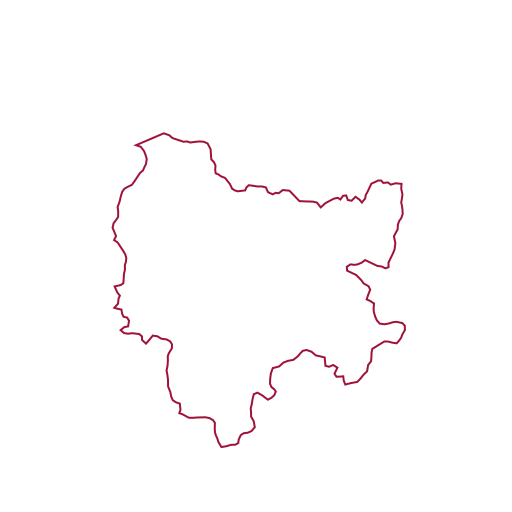 Porteirão, Goiás, Brazil, rotated 231°
{"feature_id": "56859067B4903361773953", "entity_name": "Porteirão", "entity_type": "district", "adm_level": 2, "iso_a3": "BRA", "parent_name": "Brazil", "parent_adm1": "Goiás", "projection": "orthographic", "projection_center": [-50.163, -17.922], "detail": "fine", "context": "isolated", "style": "outline", "palette": "rose", "viewbox_px": 512, "rotation_deg": 231, "n_neighbors": 0, "source": "geoboundaries", "source_scale": "gbopen_adm2", "svg_char_len": 3577}
<svg xmlns="http://www.w3.org/2000/svg" viewBox="0 0 512 512"><g transform="rotate(231 256 256)"><path d="M220.5,414.5L224.7,410.2L226.6,405.7L230.2,404.7L232.7,400.9L235.8,400.8L237.7,398.6L239.6,391.1L237.7,387.2L235.9,383.5L234.4,379.8L232.0,377.0L230.9,371.9L234.6,371.9L239.4,370.6L238.8,365.1L241.7,362.6L246.3,364.2L248.0,361.5L246.8,357.1L249.6,356.3L251.5,352.8L252.5,347.9L253.4,343.1L253.0,336.9L259.1,337.0L262.4,334.5L266.6,329.6L271.3,324.3L285.7,323.1L290.4,318.3L290.5,313.1L292.7,311.1L293.4,307.8L298.0,305.5L303.1,306.8L306.4,304.3L309.0,301.0L312.8,297.6L315.6,294.8L315.3,291.7L313.8,288.9L317.8,282.5L320.3,280.8L323.3,279.8L328.4,281.0L336.2,281.1L339.8,279.0L343.1,278.1L345.6,276.7L348.5,278.4L351.9,281.5L355.7,282.4L359.1,282.0L363.6,285.1L367.3,287.8L370.8,288.6L373.9,289.2L377.7,287.3L380.8,283.9L383.1,280.4L385.5,276.4L388.3,274.6L390.5,271.5L400.2,265.3L404.4,264.6L409.4,261.5L417.6,232.5L413.4,235.2L407.9,235.0L403.9,233.7L400.1,232.1L396.7,228.4L395.5,225.6L393.6,222.0L393.5,218.0L390.5,208.5L389.4,204.3L390.4,200.2L391.1,196.2L390.1,192.4L387.6,188.7L384.1,184.2L381.2,179.3L377.4,177.0L373.2,173.5L372.0,169.9L371.1,166.0L368.2,162.3L364.0,161.1L359.5,159.7L357.7,155.7L353.7,157.0L349.7,156.6L344.3,156.1L339.4,155.4L335.9,153.8L333.2,151.1L331.6,148.5L327.8,145.5L325.2,142.1L321.6,138.9L318.3,135.7L318.6,132.5L321.3,127.0L318.5,126.2L315.0,125.3L310.8,125.2L309.4,122.4L305.8,118.8L304.9,113.3L302.1,115.2L299.1,117.7L295.2,115.6L292.2,114.8L289.2,117.1L285.6,116.6L281.8,112.3L283.6,108.9L283.6,104.1L279.0,105.0L276.1,107.7L273.9,111.2L268.9,116.1L265.3,116.8L262.5,114.6L257.1,115.4L258.1,120.9L259.1,125.7L255.7,128.8L251.4,130.3L247.4,134.0L243.6,135.6L240.2,135.1L237.2,132.5L235.2,126.8L233.5,124.2L230.5,122.0L226.4,118.2L223.3,114.4L220.2,112.8L215.3,109.8L210.0,105.6L204.2,103.8L199.8,101.5L196.2,100.6L192.5,101.8L189.3,103.9L184.0,100.5L182.1,97.5L179.2,99.3L172.6,102.0L170.2,104.8L167.7,108.4L162.5,115.2L159.2,117.9L155.4,119.3L152.3,119.1L149.7,116.9L146.8,114.5L143.5,112.5L140.8,111.7L138.0,110.9L135.0,109.7L129.3,108.9L126.9,113.1L124.9,117.9L122.4,121.1L121.8,124.5L124.2,127.0L126.4,131.4L126.0,135.0L123.9,138.2L122.8,142.3L123.7,147.3L129.2,150.3L134.2,151.1L137.4,153.6L141.0,156.1L143.3,159.2L147.0,163.3L150.0,167.4L148.8,171.2L143.8,173.1L136.9,174.8L136.1,178.7L136.3,182.6L138.2,186.1L141.1,186.3L144.3,185.5L147.9,186.5L151.6,189.7L155.4,193.7L158.3,198.5L155.6,204.5L155.9,210.2L154.4,214.9L151.8,219.6L151.7,225.1L152.4,228.9L152.9,232.6L151.2,236.1L146.7,238.9L141.2,239.9L137.5,242.8L133.9,245.5L130.4,243.2L127.0,240.9L124.0,243.0L122.7,247.4L118.0,249.0L115.1,242.9L111.5,242.6L109.3,245.5L107.6,248.1L103.8,245.7L99.9,244.5L97.4,250.0L94.4,255.4L94.9,259.6L96.0,264.6L96.5,269.8L100.7,274.5L101.8,279.2L105.4,282.6L108.3,285.1L110.6,287.9L109.8,294.3L108.8,302.0L106.2,305.0L103.1,307.2L99.6,310.4L100.3,314.4L101.2,317.5L102.9,320.3L104.8,325.2L108.3,327.8L111.8,327.5L116.5,323.7L118.4,320.7L119.8,317.1L122.0,313.0L125.6,309.6L129.8,309.4L134.0,310.5L138.4,312.4L140.8,314.0L144.8,317.8L149.1,316.5L152.6,314.7L154.8,318.0L158.0,323.6L161.7,324.4L167.0,322.4L171.4,322.6L178.3,321.9L182.4,319.9L187.3,317.6L190.5,319.8L190.0,324.2L187.1,327.0L185.5,329.8L184.3,334.1L184.2,338.2L171.9,344.1L168.7,347.1L165.0,348.8L163.9,352.0L167.5,354.8L171.9,364.2L173.9,367.8L178.3,372.4L184.5,375.6L187.6,382.8L191.2,386.2L193.1,389.3L194.1,392.9L196.4,396.5L199.9,399.0L203.1,401.0L206.2,402.5L208.5,405.2L211.6,408.5L216.9,411.2L220.5,414.5Z" fill="none" stroke="#9f1239" stroke-width="2"/></g></svg>